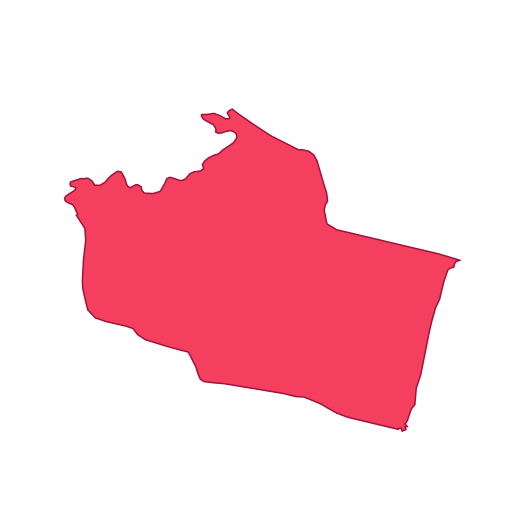 Konobo, Grand Gedeh, Liberia, rotated 283°
{"feature_id": "62588387B20671280647544", "entity_name": "Konobo", "entity_type": "district", "adm_level": 2, "iso_a3": "LBR", "parent_name": "Liberia", "parent_adm1": "Grand Gedeh", "projection": "natural_earth1", "projection_center": [-7.832, 5.841], "detail": "fine", "context": "isolated", "style": "filled", "palette": "rose", "viewbox_px": 512, "rotation_deg": 283, "n_neighbors": 0, "source": "geoboundaries", "source_scale": "gbopen_adm2", "svg_char_len": 2401}
<svg xmlns="http://www.w3.org/2000/svg" viewBox="0 0 512 512"><g transform="rotate(283 256 256)"><path d="M289.5,451.2L291.8,451.2L295.1,451.7L297.7,455.4L299.1,434.6L299.3,394.7L299.5,365.4L299.6,349.2L299.7,328.6L303.3,317.9L306.1,316.6L316.1,312.1L321.5,312.1L325.7,313.4L333.6,310.5L339.7,306.8L362.5,294.0L367.5,289.5L369.3,285.4L370.0,283.7L370.0,277.5L369.0,273.7L376.2,244.4L378.0,239.3L384.2,222.6L391.0,205.7L393.8,199.7L391.5,197.1L389.3,195.8L387.6,196.9L386.2,198.5L384.5,199.4L383.3,198.0L383.0,195.0L384.6,189.4L385.5,183.1L382.8,176.1L381.9,172.0L381.5,171.1L379.8,171.5L377.4,174.2L376.0,178.6L374.3,185.1L371.4,187.9L369.5,188.7L367.7,188.8L367.1,191.4L368.2,194.9L370.3,198.1L372.4,202.7L372.2,205.8L370.9,208.9L368.5,210.4L365.9,210.5L361.1,208.4L356.4,204.1L351.9,199.8L347.0,196.5L345.1,192.9L341.1,187.8L338.5,185.8L336.6,184.4L333.0,183.2L331.9,183.9L329.2,185.3L326.2,182.4L324.1,176.7L321.3,173.1L315.3,170.0L313.0,167.0L312.5,164.6L313.1,159.1L313.4,154.6L311.3,151.7L306.2,150.8L297.4,148.1L293.8,141.8L293.5,140.4L292.1,133.0L294.2,130.1L297.6,128.5L298.9,124.6L298.1,122.4L294.5,118.5L294.7,115.8L296.9,113.6L301.2,111.4L307.6,105.9L307.5,102.3L306.3,100.8L301.8,96.8L298.2,94.5L294.0,92.4L289.8,88.1L289.3,85.7L288.7,83.1L292.3,79.2L293.9,75.0L293.5,72.7L292.5,71.1L292.1,68.0L287.3,60.1L286.3,58.6L284.2,58.6L282.5,59.6L282.4,61.4L282.4,64.3L281.3,65.6L279.3,64.5L275.8,61.3L271.6,57.3L269.8,56.6L267.1,57.4L265.7,60.2L264.8,65.6L263.2,67.9L261.8,68.8L259.8,70.3L258.3,71.6L256.6,72.7L255.3,71.8L244.5,83.0L232.4,86.7L231.7,86.7L213.8,88.7L192.7,92.4L191.9,92.6L185.6,94.4L173.5,100.2L165.6,104.3L159.5,113.4L158.4,125.0L158.4,129.5L158.4,137.0L158.4,145.1L157.7,152.3L152.7,158.5L149.5,167.2L148.0,188.7L147.9,189.9L147.3,203.7L147.2,211.5L144.0,214.4L139.0,218.5L134.0,222.7L128.7,225.6L123.4,229.5L121.9,233.4L122.9,243.3L124.4,253.3L125.9,277.2L128.2,313.7L128.0,326.4L128.7,330.6L129.4,334.2L127.9,343.7L126.5,352.0L124.4,358.9L121.1,369.8L119.5,381.6L119.4,390.8L119.1,433.6L120.0,433.5L120.7,436.2L118.2,437.8L120.7,441.2L123.0,439.6L123.8,441.8L126.0,439.0L127.9,440.0L130.1,440.6L135.0,441.0L141.8,441.8L146.8,444.2L149.8,443.8L158.9,442.5L163.3,441.9L176.8,443.2L177.4,443.2L191.5,442.8L222.0,441.9L228.4,441.9L231.2,441.9L245.9,442.6L254.9,444.6L272.8,444.8L285.2,446.0L287.7,447.7L289.5,451.2Z" fill="#f43f5e" stroke="#9f1239" stroke-width="1.5"/></g></svg>